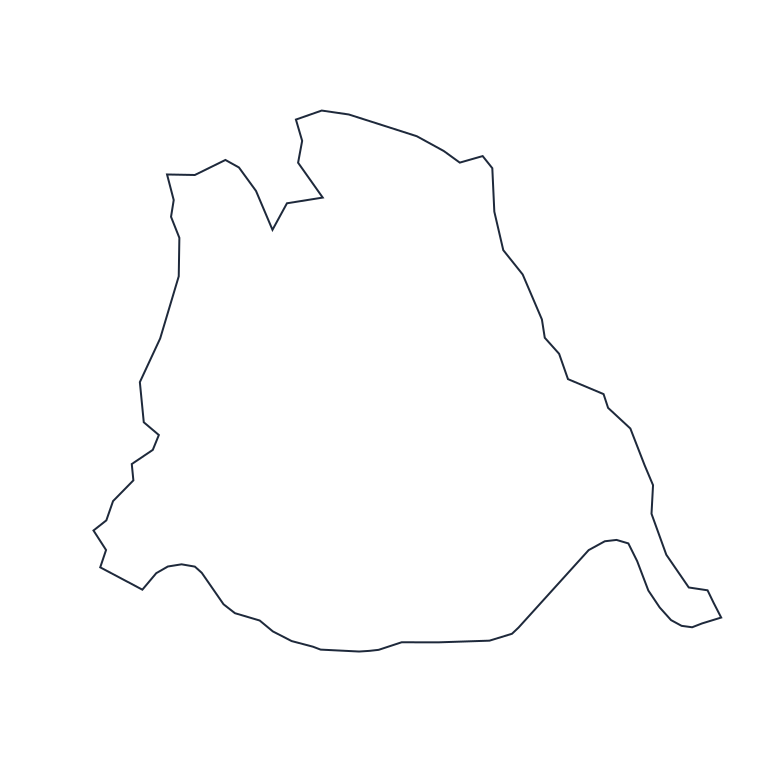 Sherabad, Surkhandarya, Uzbekistan, rotated 263°
{"feature_id": "79887680B39986035389422", "entity_name": "Sherabad", "entity_type": "district", "adm_level": 2, "iso_a3": "UZB", "parent_name": "Uzbekistan", "parent_adm1": "Surkhandarya", "projection": "robinson", "projection_center": [66.82, 37.686], "detail": "fine", "context": "isolated", "style": "outline", "palette": "slate", "viewbox_px": 768, "rotation_deg": 263, "n_neighbors": 0, "source": "geoboundaries", "source_scale": "gbopen_adm2", "svg_char_len": 1206}
<svg xmlns="http://www.w3.org/2000/svg" viewBox="0 0 768 768"><g transform="rotate(263 384 384)"><path d="M209.3,119.1L224.0,134.9L229.2,147.2L229.7,161.1L225.8,174.0L218.8,180.1L184.9,197.9L174.7,208.1L164.4,231.8L152.0,243.5L140.1,261.0L131.9,281.5L128.1,288.7L121.5,326.7L120.9,337.0L120.8,346.3L125.5,370.0L123.2,388.5L121.0,406.0L116.4,457.4L120.5,480.6L125.8,487.8L194.2,566.9L201.0,584.0L200.9,595.8L196.0,607.1L177.3,613.7L146.8,621.2L128.6,630.4L114.7,640.1L107.7,649.9L105.0,660.2L107.6,670.5L111.1,690.2L126.6,684.5L139.8,680.0L144.9,661.7L180.1,643.4L222.6,633.7L250.8,638.7L271.5,632.8L309.8,623.1L333.0,603.5L347.2,600.7L366.4,567.2L392.6,561.5L410.3,549.2L428.8,548.6L475.8,535.0L502.3,518.7L541.6,514.5L585.0,517.8L598.2,509.7L594.5,486.2L607.9,471.8L625.9,446.8L640.9,414.3L655.8,381.9L663.0,355.5L657.2,328.8L635.3,332.4L614.1,325.7L576.5,345.9L575.2,309.7L550.6,292.1L591.2,280.5L616.6,266.4L625.7,253.9L614.5,221.7L618.4,194.2L592.2,197.7L575.9,193.0L554.0,198.7L515.9,193.4L456.5,167.4L415.6,141.9L375.3,140.9L360.8,154.3L346.8,146.5L335.3,123.9L318.9,123.5L300.8,100.8L282.5,91.8L274.0,77.8L253.1,87.9L236.6,80.0L209.3,119.1Z" fill="none" stroke="#1e293b" stroke-width="2"/></g></svg>